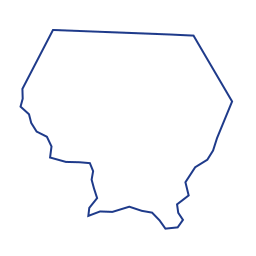 Riachão do Bacamarte, Paraíba, Brazil (Equal Earth projection), rotated 86°
{"feature_id": "56859067B52420938057860", "entity_name": "Riachão do Bacamarte", "entity_type": "district", "adm_level": 2, "iso_a3": "BRA", "parent_name": "Brazil", "parent_adm1": "Paraíba", "projection": "equal_earth", "projection_center": [-35.653, -7.24], "detail": "fine", "context": "isolated", "style": "outline", "palette": "blue", "viewbox_px": 256, "rotation_deg": 86, "n_neighbors": 0, "source": "geoboundaries", "source_scale": "gbopen_adm2", "svg_char_len": 644}
<svg xmlns="http://www.w3.org/2000/svg" viewBox="0 0 256 256"><g transform="rotate(86 128 128)"><path d="M108.8,22.3L47.9,52.5L40.4,56.2L39.1,67.4L37.7,79.2L25.0,196.0L81.6,230.6L91.4,231.0L99.2,233.7L107.4,225.8L116.2,224.2L125.2,219.4L131.1,209.5L141.1,205.6L152.0,207.8L157.5,192.3L158.8,178.6L160.4,168.5L168.6,165.8L177.0,167.9L185.7,166.2L195.8,163.7L205.0,172.2L212.9,173.7L209.3,161.7L210.6,149.4L206.6,132.2L211.6,120.0L214.1,109.9L222.3,103.0L231.0,97.7L230.6,85.4L223.5,79.6L216.1,83.8L207.6,84.4L199.5,72.2L186.1,74.5L171.8,63.7L165.2,51.1L156.4,44.7L144.3,39.9L108.8,22.3Z" fill="none" stroke="#1e3a8a" stroke-width="2"/></g></svg>